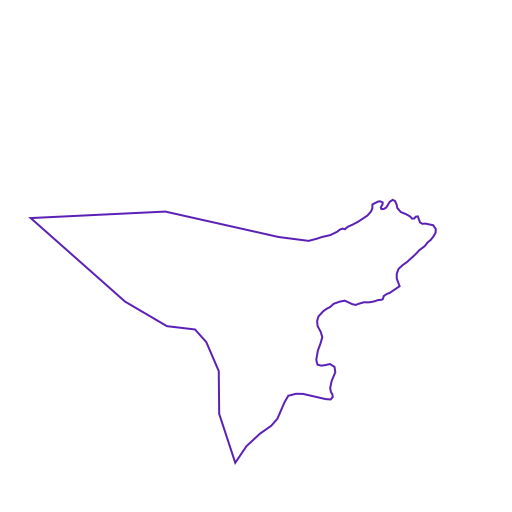 the Governorate of Ma'rib, rotated 235°
{"feature_id": "YEM-337", "entity_name": "Ma'rib", "entity_type": "Governorate", "adm_level": 1, "iso_a3": "YEM", "parent_name": "Yemen", "parent_adm1": "", "projection": "equal_earth", "projection_center": [45.213, 15.324], "detail": "fine", "context": "isolated", "style": "outline", "palette": "violet", "viewbox_px": 512, "rotation_deg": 235, "n_neighbors": 0, "source": "natural_earth", "source_scale": "10m", "svg_char_len": 1552}
<svg xmlns="http://www.w3.org/2000/svg" viewBox="0 0 512 512"><g transform="rotate(235 256 256)"><path d="M214.0,165.9L230.8,163.9L249.6,142.8L293.7,122.6L416.3,93.2L344.4,207.2L258.5,285.5L238.2,307.8L235.1,316.2L233.9,320.5L230.5,328.8L229.3,336.6L229.5,340.1L228.8,342.6L226.9,344.2L227.2,345.9L227.2,348.4L226.2,353.7L225.5,359.5L225.2,370.3L226.5,375.8L228.3,378.6L231.5,381.0L230.5,387.5L229.4,389.2L227.3,390.5L225.8,389.4L224.8,387.3L224.0,386.0L222.5,385.6L221.2,387.8L221.0,390.6L223.7,396.7L223.6,400.2L221.3,401.4L217.9,400.8L214.2,399.3L209.0,399.8L204.2,402.9L200.0,404.9L197.2,405.2L195.9,407.2L196.6,409.3L195.6,411.3L189.5,409.6L187.0,410.7L185.3,413.4L179.6,418.8L174.9,418.7L172.1,416.5L170.3,412.7L169.0,408.6L168.7,404.4L167.3,399.8L167.1,393.3L165.8,386.8L164.5,376.7L164.4,370.7L163.7,365.4L160.7,361.1L156.7,358.3L148.9,356.3L149.1,344.3L149.9,341.4L149.9,337.6L148.7,336.2L147.9,335.0L148.3,333.4L149.8,331.0L150.9,327.1L152.8,322.8L154.3,320.4L156.1,318.1L158.0,312.6L158.7,309.7L161.2,307.3L168.5,303.1L170.6,298.4L172.3,292.2L171.7,287.6L172.2,283.7L172.2,279.4L170.7,272.6L167.8,268.9L163.4,266.3L156.8,265.5L151.6,263.8L147.8,259.3L143.0,252.4L136.5,245.9L133.9,244.8L131.6,244.1L128.7,246.6L126.9,250.1L125.1,254.6L120.1,256.7L115.3,254.3L110.3,246.4L105.3,241.0L101.9,239.5L98.6,239.1L96.4,237.9L95.7,234.8L98.8,231.0L116.2,215.3L120.2,209.7L123.0,202.3L119.9,195.6L110.4,180.1L108.2,171.0L108.2,157.4L105.7,139.1L98.5,120.4L147.8,135.3L183.1,159.5L214.0,165.9Z" fill="none" stroke="#5b21b6" stroke-width="2"/></g></svg>